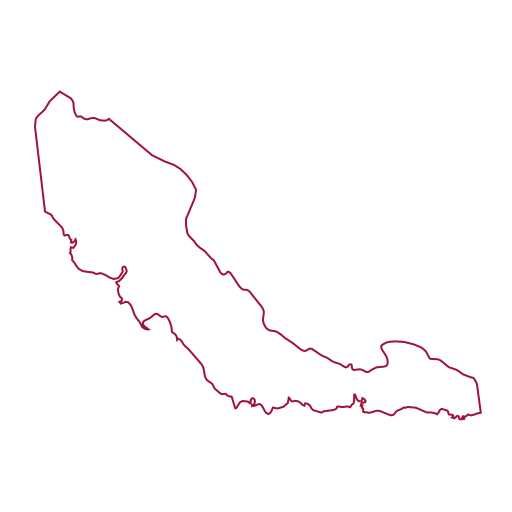 SVG path tracing the border of Central, rotated 353°
{"feature_id": "PNG-1249", "entity_name": "Central", "entity_type": "Province", "adm_level": 1, "iso_a3": "PNG", "parent_name": "Papua New Guinea", "parent_adm1": "", "projection": "natural_earth1", "projection_center": [147.941, -9.068], "detail": "fine", "context": "isolated", "style": "outline", "palette": "rose", "viewbox_px": 512, "rotation_deg": 353, "n_neighbors": 0, "source": "natural_earth", "source_scale": "10m", "svg_char_len": 5635}
<svg xmlns="http://www.w3.org/2000/svg" viewBox="0 0 512 512"><g transform="rotate(353 256 256)"><path d="M460.0,439.0L456.4,439.2L452.3,440.2L450.0,440.4L446.9,439.2L445.6,440.2L444.0,441.1L442.0,440.2L441.1,441.3L442.8,442.1L442.8,443.1L439.0,443.1L438.0,442.6L437.6,440.0L436.8,439.2L435.5,439.5L434.4,440.6L433.0,441.3L430.9,440.2L432.3,439.2L432.3,438.2L431.3,437.5L428.2,436.8L427.8,435.7L427.8,434.3L427.1,432.8L421.6,430.3L420.0,431.1L417.7,434.0L416.4,435.2L414.9,434.1L412.5,433.1L409.8,432.5L407.5,432.3L405.9,431.8L397.0,426.5L395.1,425.7L391.8,425.2L389.6,424.5L388.5,424.3L386.1,424.7L385.0,424.8L384.3,424.3L381.4,425.7L379.9,426.1L378.7,426.3L377.0,426.8L375.5,428.1L374.2,429.5L373.2,430.3L370.7,430.6L368.4,429.6L360.0,424.9L358.5,424.5L356.6,424.3L350.2,425.4L348.6,425.3L346.3,424.5L344.7,424.3L343.4,423.7L343.7,420.5L342.6,419.4L342.8,418.9L343.2,417.9L343.4,417.4L342.1,417.5L341.7,417.4L342.4,415.7L343.4,414.9L344.7,414.5L346.4,414.5L347.1,413.3L346.0,411.2L344.3,410.1L343.4,412.1L342.8,413.1L341.4,413.0L340.0,412.2L339.2,411.6L338.6,410.3L337.4,405.6L336.6,405.6L335.8,411.4L334.9,414.2L332.8,415.4L331.5,417.0L331.1,417.6L330.3,417.3L328.9,416.5L323.1,416.5L320.2,415.6L318.6,415.3L317.9,415.9L317.3,417.2L315.8,417.9L313.9,418.3L304.2,418.4L301.8,419.4L293.7,415.8L292.5,414.0L291.4,411.0L289.0,408.8L286.7,408.3L285.7,410.5L283.9,409.2L282.4,407.4L280.6,405.7L278.0,404.6L276.9,404.6L274.6,404.8L273.8,404.6L273.0,403.8L272.2,401.7L271.2,400.7L269.7,405.7L264.8,409.0L258.9,410.0L254.2,408.5L252.4,411.9L251.0,413.4L249.1,414.5L246.8,412.8L245.5,410.1L244.4,407.1L243.1,404.6L241.2,403.3L239.2,403.6L236.9,404.4L233.8,404.6L233.8,403.6L236.2,402.7L237.2,400.4L237.0,398.0L235.5,396.7L234.5,396.9L233.6,397.7L233.1,398.8L232.7,401.8L232.0,401.5L230.4,399.6L225.3,398.3L222.4,399.1L217.7,404.6L216.8,404.6L214.7,392.6L213.5,392.4L211.9,391.8L210.6,391.0L210.0,390.3L209.3,389.2L207.9,389.0L206.2,389.0L205.0,388.9L203.4,387.6L198.9,382.6L198.0,380.4L197.3,378.1L195.7,376.3L193.7,374.7L192.1,373.0L191.1,371.0L190.6,368.7L190.4,362.5L189.9,359.5L188.8,356.9L177.6,340.2L174.3,336.4L173.1,334.5L172.1,332.1L170.7,329.9L168.4,328.5L167.5,329.5L167.4,326.2L166.3,323.9L164.6,322.2L163.4,321.4L163.4,321.1L163.4,315.8L162.4,310.8L161.2,307.2L159.9,305.2L158.6,304.8L155.9,305.1L154.9,304.9L153.9,304.2L151.9,302.2L150.8,301.4L149.3,301.1L147.8,301.7L143.3,304.6L138.1,306.4L137.0,306.9L136.3,307.4L135.8,308.1L135.5,308.8L135.5,309.8L135.9,311.0L136.9,312.4L140.3,315.7L140.2,315.7L138.8,315.6L136.5,314.5L134.4,312.6L132.8,308.1L129.6,302.5L128.4,299.8L126.8,292.8L125.7,289.6L123.6,286.4L121.2,285.6L116.1,286.8L114.8,284.9L116.3,284.5L117.4,283.7L117.8,282.5L117.3,281.0L116.1,280.1L115.0,276.6L114.8,272.3L116.5,269.1L115.8,268.4L115.1,267.5L114.5,266.4L114.0,265.1L114.9,264.7L117.3,264.1L120.1,261.8L120.6,261.7L121.4,260.2L124.9,257.1L125.8,255.3L125.7,253.9L125.3,252.3L124.8,251.0L124.0,250.4L122.4,250.8L121.7,252.2L121.6,253.6L121.9,254.3L121.8,255.3L117.9,259.9L116.5,261.1L112.0,261.5L108.2,259.6L104.5,256.7L100.3,254.3L98.8,254.0L96.6,254.4L95.1,254.3L94.2,253.9L92.4,252.6L83.8,250.4L81.5,249.5L78.4,247.0L76.4,243.8L74.9,240.4L73.0,237.6L73.5,235.6L73.2,233.3L72.5,231.4L71.7,230.6L72.5,229.2L72.7,226.6L73.4,224.7L75.6,225.7L77.4,224.0L78.7,222.2L79.3,220.2L78.9,217.6L77.2,219.6L75.1,220.5L73.9,219.9L74.7,217.6L74.1,217.0L73.5,216.2L73.1,215.3L73.0,214.2L72.3,212.4L70.8,212.0L69.2,212.3L68.3,212.3L67.8,211.1L67.8,209.7L67.9,208.1L67.8,206.8L67.3,205.0L66.6,203.6L60.7,196.0L59.1,193.4L58.5,191.5L57.7,190.0L52.0,186.2L52.4,100.6L54.2,92.9L57.2,89.9L62.4,86.3L64.6,84.3L70.1,77.3L81.2,68.9L91.4,76.9L92.4,78.6L93.5,81.5L93.2,86.2L93.2,88.7L93.5,91.3L94.7,94.8L95.7,95.9L96.8,96.1L98.2,95.9L99.5,96.3L101.9,98.5L103.3,99.3L105.1,99.8L108.6,99.2L110.6,99.1L112.6,99.4L117.1,101.9L118.4,102.4L119.8,102.8L122.4,103.2L123.4,103.2L124.5,103.0L125.4,102.7L126.7,101.9L165.1,143.3L176.7,150.9L185.7,155.6L191.2,160.1L196.9,166.8L201.6,174.8L204.6,182.9L202.4,190.9L191.1,210.6L190.5,214.9L190.3,217.6L190.6,224.3L191.3,226.8L192.4,228.6L196.2,233.5L198.3,237.4L200.3,239.9L202.0,241.6L204.2,243.4L206.2,245.6L210.8,252.3L212.3,253.9L213.4,254.9L214.1,256.2L218.4,267.5L219.5,269.3L220.8,270.3L222.1,270.4L223.4,270.1L224.3,269.6L225.7,268.3L226.4,268.2L227.2,268.5L228.7,270.0L235.3,283.3L236.7,285.5L237.9,286.8L238.8,287.5L239.9,288.0L242.2,288.4L243.6,288.9L245.4,290.7L255.5,307.2L256.6,309.7L257.0,312.3L256.6,314.5L255.4,318.7L255.1,321.2L255.4,324.1L257.1,328.4L258.9,330.4L260.7,331.6L266.1,333.1L267.8,334.0L271.7,337.5L274.5,340.7L282.0,347.0L288.8,354.0L290.8,355.5L292.5,356.1L293.9,356.1L295.3,355.6L296.9,354.8L298.5,354.5L300.3,355.1L308.6,362.4L314.0,365.6L319.2,370.0L321.2,371.2L324.5,372.6L326.3,373.6L330.2,376.7L330.8,377.1L331.4,377.4L332.0,377.5L332.7,377.3L333.5,376.9L334.7,375.8L335.5,375.2L336.3,375.0L337.2,375.2L337.6,375.8L337.7,376.5L337.6,377.6L337.6,378.8L338.1,380.3L339.1,381.0L340.7,381.1L344.5,381.0L346.3,381.4L347.9,382.2L350.8,384.2L352.3,384.8L353.7,384.7L356.8,383.1L360.8,381.6L362.5,381.2L369.4,381.4L371.0,381.2L372.2,380.7L372.9,380.1L373.5,378.8L373.8,377.4L373.8,374.6L373.5,373.0L373.0,371.2L370.0,365.0L369.5,363.7L369.2,362.5L369.3,361.4L369.5,360.4L370.5,359.5L372.7,358.6L375.1,357.8L377.2,357.5L380.6,357.5L384.5,357.8L392.7,359.4L402.2,363.1L409.1,367.1L411.0,369.0L413.1,371.5L415.5,377.9L416.0,379.0L416.8,379.4L423.5,380.6L425.7,381.6L427.6,383.3L433.3,389.3L434.0,389.9L440.4,393.0L443.7,395.5L447.1,398.7L454.2,402.5L457.0,403.5L458.9,407.4L459.7,410.2L460.0,439.0L460.0,439.0Z" fill="none" stroke="#9f1239" stroke-width="2"/></g></svg>